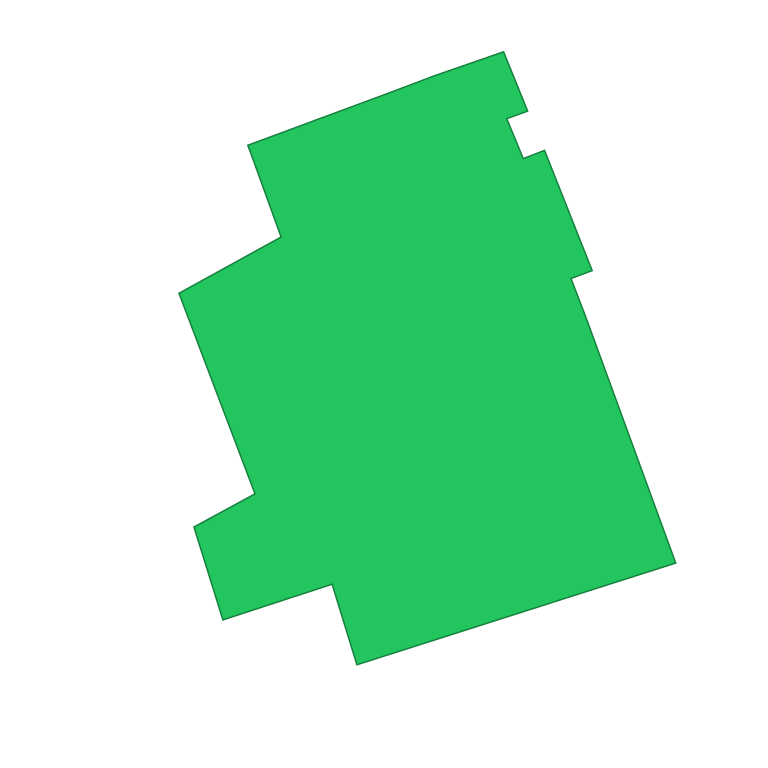 Morrow, Ohio, United States of America (Natural Earth projection), rotated 339°
{"feature_id": "52423323B2612836546555", "entity_name": "Morrow", "entity_type": "district", "adm_level": 2, "iso_a3": "USA", "parent_name": "United States of America", "parent_adm1": "Ohio", "projection": "natural_earth1", "projection_center": [-82.803, 40.529], "detail": "fine", "context": "isolated", "style": "filled", "palette": "green", "viewbox_px": 768, "rotation_deg": 339, "n_neighbors": 0, "source": "geoboundaries", "source_scale": "gbopen_adm2", "svg_char_len": 459}
<svg xmlns="http://www.w3.org/2000/svg" viewBox="0 0 768 768"><g transform="rotate(339 384 384)"><path d="M150.5,524.4L149.0,546.5L263.8,552.3L258.1,636.4L476.0,649.0L592.2,655.7L596.4,393.8L596.4,352.5L619.0,352.7L617.6,223.4L594.8,223.5L593.7,180.3L615.9,180.7L614.7,116.7L541.7,114.3L496.9,114.1L342.4,112.3L342.3,123.2L340.6,209.9L225.1,225.8L224.6,340.8L224.2,440.3L155.3,449.4L150.5,524.4Z" fill="#22c55e" stroke="#15803d" stroke-width="1.5"/></g></svg>